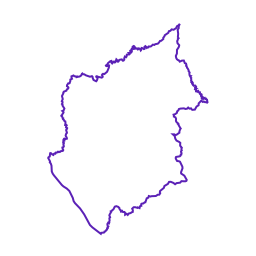 the district of Wang Chao, Tak, Thailand, rotated 184°
{"feature_id": "78962969B10518066707852", "entity_name": "Wang Chao", "entity_type": "district", "adm_level": 2, "iso_a3": "THA", "parent_name": "Thailand", "parent_adm1": "Tak", "projection": "robinson", "projection_center": [99.133, 16.616], "detail": "fine", "context": "isolated", "style": "outline", "palette": "violet", "viewbox_px": 256, "rotation_deg": 184, "n_neighbors": 0, "source": "geoboundaries", "source_scale": "gbopen_adm2", "svg_char_len": 5826}
<svg xmlns="http://www.w3.org/2000/svg" viewBox="0 0 256 256"><g transform="rotate(184 128 128)"><path d="M203.6,88.2L202.6,87.3L201.7,85.1L201.0,79.3L199.9,77.2L198.6,75.6L190.0,66.5L188.3,65.2L184.8,63.3L182.1,61.1L178.2,54.4L177.1,51.2L175.6,49.3L170.2,44.4L165.7,38.8L159.2,28.6L156.6,26.4L147.7,20.5L147.3,21.6L144.7,22.0L144.3,22.4L144.2,23.1L143.5,23.3L142.7,24.2L142.5,24.8L142.1,24.9L141.7,25.8L141.9,26.5L141.1,26.9L141.2,27.6L140.8,28.4L141.4,28.6L141.9,30.7L141.2,32.1L140.3,31.6L140.0,32.6L140.2,33.3L139.9,34.4L140.3,36.7L139.6,37.7L140.5,39.4L140.3,40.4L139.2,42.6L139.4,43.6L138.7,43.7L138.6,44.3L136.9,45.8L135.7,48.6L134.2,49.2L132.1,48.6L131.8,48.1L131.1,47.7L131.0,47.0L130.2,45.8L129.4,45.4L129.2,44.1L128.3,44.2L127.9,44.6L127.7,44.1L127.0,43.8L125.7,44.0L124.9,43.1L124.8,41.3L123.3,42.3L122.2,41.3L121.2,42.8L119.5,43.3L118.4,44.2L117.4,44.6L117.4,46.3L118.2,47.8L116.9,49.3L115.4,49.5L113.0,49.0L112.7,49.5L110.9,48.9L110.6,50.6L110.1,51.2L109.3,51.3L109.5,53.0L108.8,53.6L107.4,53.8L106.2,55.0L105.5,55.1L104.4,59.2L102.9,59.9L102.5,61.6L100.7,61.2L99.9,61.6L95.5,62.1L93.7,63.5L92.1,63.7L91.3,65.3L91.8,66.1L91.6,67.4L88.1,70.7L87.6,72.7L84.3,75.0L83.3,77.1L81.6,77.3L78.9,76.4L77.1,75.2L75.7,76.4L72.2,77.1L71.0,78.7L67.2,78.8L66.1,79.3L65.8,80.3L68.5,84.4L71.8,86.3L72.0,87.6L70.8,91.7L71.1,93.3L73.8,98.0L74.9,98.4L76.7,98.5L78.2,100.7L78.3,101.8L78.0,102.5L74.3,103.4L73.8,103.9L73.6,105.1L73.0,105.2L72.8,106.7L73.5,107.9L73.4,108.6L72.8,109.4L73.2,110.1L73.0,112.1L73.5,112.2L73.8,113.1L74.4,113.5L74.8,114.4L74.8,116.8L76.0,117.7L78.7,118.8L80.1,120.7L80.8,123.2L82.8,124.8L81.4,124.9L80.4,124.3L79.2,124.6L76.4,126.9L76.5,128.1L75.8,130.7L75.4,131.1L77.6,134.2L77.9,135.5L78.6,135.6L78.7,136.4L79.7,137.0L80.4,137.8L80.7,138.7L80.7,140.5L81.4,141.9L83.0,142.6L82.9,143.0L83.5,144.5L81.9,145.1L80.3,146.5L80.1,148.1L79.0,149.0L78.6,150.4L77.1,151.0L73.6,151.5L72.0,151.0L70.4,151.4L69.4,152.6L68.1,151.6L66.5,152.0L65.8,151.0L65.1,150.6L62.6,151.0L61.1,154.2L59.2,155.6L59.2,157.5L56.8,160.4L55.2,159.2L54.1,159.6L52.9,159.1L51.7,159.3L50.9,158.8L50.5,159.2L51.2,161.8L52.0,162.1L52.2,162.6L52.9,162.3L53.5,163.4L54.1,163.1L54.8,163.5L55.2,162.1L56.5,162.8L56.2,164.2L56.9,164.2L57.3,164.8L56.8,165.8L57.4,165.9L57.4,166.7L58.0,166.5L58.7,167.1L58.7,168.5L59.6,168.4L60.5,169.8L61.4,169.0L61.9,169.7L62.7,169.5L62.7,170.8L63.9,171.3L63.8,171.7L63.0,172.1L63.7,172.3L63.9,172.9L62.9,173.4L62.9,174.0L64.1,175.1L65.4,174.7L66.2,175.4L66.2,176.1L66.8,176.4L66.6,177.2L67.2,177.2L67.2,177.8L67.7,178.0L67.5,178.5L68.1,178.6L68.0,179.3L68.4,179.8L68.2,180.3L68.5,181.7L68.4,182.3L68.8,182.5L69.3,183.5L68.9,184.2L69.9,184.3L70.3,185.1L70.6,186.8L70.4,187.7L71.5,188.9L71.5,189.7L72.6,191.6L73.3,192.2L73.8,193.8L74.4,194.1L74.2,195.1L74.6,196.3L75.9,196.7L77.0,199.2L78.9,199.0L81.0,197.8L82.1,199.1L82.8,199.2L84.0,200.0L84.8,201.3L85.3,203.2L84.4,205.7L84.6,209.4L83.1,212.0L82.7,213.6L82.7,214.2L84.5,216.0L85.0,218.1L84.4,219.7L84.5,220.4L83.8,221.1L84.6,222.2L84.5,225.4L85.3,229.5L84.4,231.1L84.5,233.0L83.6,235.5L84.9,233.8L86.3,232.9L86.9,231.1L89.3,229.2L91.4,229.4L92.5,227.9L94.0,227.4L94.4,225.8L97.8,223.1L98.1,221.9L99.1,220.5L99.0,219.2L101.0,217.3L102.1,217.1L103.0,215.5L104.1,214.2L106.7,213.5L107.5,212.7L109.0,212.9L110.7,211.1L111.6,210.8L113.1,210.8L113.3,210.6L113.4,209.8L114.2,209.7L114.8,209.2L115.5,210.2L116.4,210.9L117.2,210.1L116.8,208.9L117.0,208.1L117.7,207.8L118.9,208.6L120.0,208.8L120.4,206.6L120.7,206.2L121.5,207.6L122.6,208.2L123.0,208.2L122.9,207.6L123.7,207.0L125.0,208.0L127.3,207.4L127.6,208.0L126.5,208.2L126.4,208.6L127.5,210.0L128.1,210.2L129.0,209.4L128.5,208.1L128.6,207.4L129.5,207.7L129.8,207.4L129.6,205.6L130.4,205.9L131.2,205.2L131.1,204.8L130.0,204.1L129.9,203.7L130.5,203.2L132.5,202.9L131.6,201.8L131.8,201.5L134.3,201.1L134.4,199.2L134.8,198.5L136.1,199.1L136.6,197.4L136.5,195.9L137.2,194.9L138.0,194.8L139.0,196.0L141.0,195.5L141.6,195.2L142.0,193.9L142.6,193.4L143.2,193.8L143.9,195.3L144.4,195.7L145.2,192.7L145.8,192.5L146.2,193.3L146.8,193.3L148.3,191.3L149.1,192.1L148.9,193.2L149.2,193.8L150.3,193.4L152.4,191.4L153.2,189.8L154.4,188.8L154.2,188.4L153.4,188.2L152.6,188.4L151.7,189.2L151.2,189.1L151.3,186.9L152.8,182.6L155.3,180.2L156.7,180.3L157.3,179.8L157.7,179.0L157.0,178.1L156.8,177.3L157.7,176.4L161.5,177.0L162.7,177.5L163.2,177.3L163.3,176.9L162.2,176.0L161.8,175.2L162.4,173.2L163.0,172.4L165.7,173.5L166.8,175.6L166.8,176.4L167.6,177.2L169.5,176.5L173.7,177.6L175.3,178.5L176.8,178.5L177.3,179.2L177.7,178.9L178.4,177.1L179.8,176.0L181.5,175.6L182.0,175.8L182.3,175.3L183.0,175.1L183.4,175.8L185.2,175.9L186.0,176.6L188.0,175.6L187.9,174.6L187.3,173.2L188.9,172.3L188.8,170.9L189.4,168.6L190.1,168.3L190.7,168.4L191.8,166.5L191.8,165.4L190.5,164.6L190.2,163.9L190.7,162.9L191.7,162.2L192.1,160.9L194.5,159.8L195.0,159.0L194.8,158.6L195.1,157.6L196.1,155.3L195.1,152.3L195.9,150.1L195.1,149.4L195.1,148.3L195.6,147.3L194.8,146.5L194.9,145.8L192.8,143.0L193.5,141.0L194.7,140.4L193.4,139.2L193.7,138.2L194.4,137.3L194.6,136.3L195.1,136.1L195.4,135.5L194.2,134.3L193.8,133.0L193.3,133.0L193.3,132.1L192.6,131.7L191.9,130.5L191.0,130.2L190.7,128.6L190.9,126.7L189.7,126.8L189.3,126.4L189.8,125.5L189.9,124.3L188.7,123.7L188.7,123.2L189.6,121.6L188.6,119.2L188.7,118.6L189.2,118.2L189.7,116.3L189.3,115.2L188.5,114.3L188.2,113.1L189.6,112.6L190.8,113.0L191.0,112.8L190.6,112.3L191.4,111.7L190.7,110.9L191.6,110.4L191.3,109.6L191.7,109.2L191.5,108.5L190.9,108.3L191.3,106.8L190.7,105.4L191.1,104.5L192.1,104.0L191.7,102.4L191.2,102.1L191.1,101.1L191.5,100.6L193.4,100.2L194.2,99.4L194.8,99.5L195.3,99.1L196.2,99.5L197.2,98.5L198.4,98.4L198.7,97.3L199.6,97.4L200.4,96.8L200.6,95.9L201.5,96.2L203.3,97.6L203.9,97.4L204.1,94.1L205.3,93.2L205.5,92.5L203.4,89.2L203.6,88.2Z" fill="none" stroke="#5b21b6" stroke-width="2"/></g></svg>